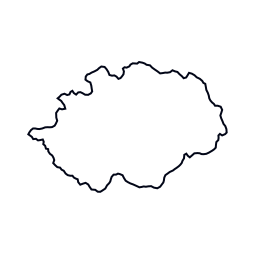 outline of Carmo da Mata, Minas Gerais, Brazil, rotated 155°
{"feature_id": "56859067B40165996616507", "entity_name": "Carmo da Mata", "entity_type": "district", "adm_level": 2, "iso_a3": "BRA", "parent_name": "Brazil", "parent_adm1": "Minas Gerais", "projection": "albers", "projection_center": [-44.883, -20.561], "detail": "fine", "context": "isolated", "style": "outline", "palette": "ink", "viewbox_px": 256, "rotation_deg": 155, "n_neighbors": 0, "source": "geoboundaries", "source_scale": "gbopen_adm2", "svg_char_len": 2786}
<svg xmlns="http://www.w3.org/2000/svg" viewBox="0 0 256 256"><g transform="rotate(155 128 128)"><path d="M203.8,113.1L202.6,110.8L200.6,109.2L198.5,108.2L198.0,106.0L196.8,104.3L195.3,102.8L196.0,99.9L195.2,96.8L192.4,96.6L189.6,96.2L187.9,93.6L187.7,91.1L187.1,87.7L183.8,85.8L182.4,83.1L180.1,81.9L178.1,82.1L174.2,82.7L171.2,84.9L168.5,85.9L166.7,87.0L165.2,88.8L163.5,90.6L160.8,91.8L158.4,90.8L156.4,90.9L154.8,89.6L152.9,87.5L152.8,84.4L152.4,81.2L151.0,79.0L149.3,76.8L147.2,74.7L144.8,71.9L142.7,69.4L140.5,68.8L138.5,68.4L136.6,67.2L134.1,66.5L131.6,65.5L129.7,63.0L126.9,61.0L123.7,61.2L121.1,62.6L119.0,63.7L117.7,65.2L116.1,67.7L114.0,69.5L111.2,70.0L108.8,70.5L105.1,70.5L103.1,71.0L101.0,71.3L98.1,71.9L96.1,72.6L94.1,73.6L92.4,75.3L90.1,76.8L88.3,79.9L86.0,80.1L85.5,77.5L84.4,75.3L81.6,76.1L78.6,77.0L75.6,75.9L73.7,74.8L72.4,73.3L70.5,72.3L67.9,71.5L65.0,71.5L63.0,71.7L61.0,71.9L58.9,72.3L56.8,73.1L55.3,75.7L53.9,77.9L51.3,78.9L50.1,80.7L49.2,83.0L47.2,83.8L45.8,81.5L42.6,81.4L40.5,82.2L39.3,85.4L39.0,88.6L39.7,91.4L39.5,94.0L39.4,97.5L39.0,100.3L37.0,102.4L35.0,104.6L35.0,108.1L37.3,110.3L39.7,111.4L40.0,113.6L41.0,115.6L41.7,118.1L41.8,120.5L41.1,123.3L40.8,126.1L40.9,129.4L40.1,132.3L39.3,135.4L40.6,137.0L40.8,139.3L42.1,142.2L44.3,144.9L45.4,147.7L47.2,150.3L49.4,152.2L51.7,150.6L53.9,149.2L56.5,149.6L57.2,152.0L58.6,155.1L59.5,157.9L61.5,159.5L63.3,161.5L66.3,160.8L69.0,161.5L70.9,162.5L73.3,163.1L75.8,163.9L77.3,166.8L79.2,170.0L80.6,172.5L81.6,175.5L84.5,177.5L85.6,179.4L87.3,181.1L90.1,183.1L92.5,182.5L94.5,183.6L96.4,184.6L99.0,184.4L100.7,183.3L103.7,183.3L105.5,184.5L107.5,184.0L107.8,181.0L109.4,178.6L111.7,177.3L113.7,176.4L115.9,176.6L116.7,179.4L118.1,181.4L120.4,182.2L122.4,183.9L122.2,187.2L122.6,190.4L123.4,193.2L126.2,195.0L128.9,194.5L131.2,193.7L134.5,193.5L137.6,193.6L140.2,193.3L142.2,193.7L144.5,192.5L146.1,189.8L144.9,187.5L142.9,185.2L143.4,181.8L144.2,179.2L145.0,176.3L147.0,175.1L150.1,174.9L152.8,176.3L154.5,178.8L156.0,180.6L158.1,181.3L160.9,180.2L162.3,182.5L162.7,185.2L164.8,185.0L166.9,183.2L169.2,183.6L171.1,185.9L174.3,186.3L176.7,185.3L179.2,184.6L178.2,182.7L177.1,180.8L176.7,178.4L176.1,175.7L176.7,172.0L179.9,172.8L182.0,174.7L184.1,173.6L186.8,172.0L187.7,169.8L188.6,167.7L189.1,164.5L191.7,162.3L193.5,161.1L196.4,160.9L198.6,161.7L200.5,162.7L202.8,163.6L205.9,163.8L208.8,164.5L210.6,165.5L212.3,166.8L214.3,167.7L216.8,167.1L219.3,165.7L221.0,164.4L219.9,162.5L218.9,160.6L218.6,158.0L216.0,157.1L214.8,154.8L212.8,154.2L210.1,153.6L210.2,151.1L211.6,149.2L210.6,146.9L211.1,144.0L209.3,142.6L210.1,140.5L209.7,137.7L208.3,135.1L208.1,132.5L208.4,130.1L210.6,127.8L209.7,125.0L208.6,122.4L206.3,120.8L205.8,118.3L204.3,116.4L203.8,113.1Z" fill="none" stroke="#020617" stroke-width="2"/></g></svg>